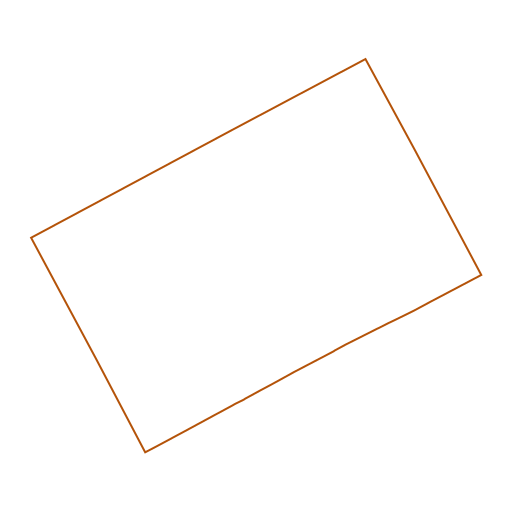 Lafayette, Wisconsin, United States of America (Robinson projection), rotated 332°
{"feature_id": "52423323B65148542949332", "entity_name": "Lafayette", "entity_type": "district", "adm_level": 2, "iso_a3": "USA", "parent_name": "United States of America", "parent_adm1": "Wisconsin", "projection": "robinson", "projection_center": [-90.154, 42.66], "detail": "fine", "context": "isolated", "style": "outline", "palette": "amber", "viewbox_px": 512, "rotation_deg": 332, "n_neighbors": 0, "source": "geoboundaries", "source_scale": "gbopen_adm2", "svg_char_len": 593}
<svg xmlns="http://www.w3.org/2000/svg" viewBox="0 0 512 512"><g transform="rotate(332 256 256)"><path d="M66.0,134.3L66.5,273.0L66.0,377.3L79.2,377.4L102.0,377.3L103.7,377.3L103.8,377.3L107.1,377.3L145.1,377.0L165.1,376.9L167.4,376.8L168.8,376.8L177.8,377.1L179.4,376.9L197.1,376.7L208.2,376.7L224.0,376.5L235.1,376.3L248.9,376.4L279.9,376.6L281.1,376.4L293.6,376.3L329.1,377.1L330.2,377.2L341.6,377.4L343.0,377.5L350.4,377.8L350.8,377.8L370.0,378.4L388.3,378.3L388.6,378.3L446.0,378.5L446.0,237.3L445.1,133.5L293.9,133.5L66.0,134.3Z" fill="none" stroke="#b45309" stroke-width="2"/></g></svg>